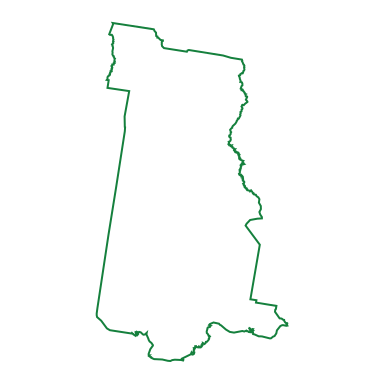 outline of Casey, Victoria, Australia
{"feature_id": "25037944B44962811090312", "entity_name": "Casey", "entity_type": "district", "adm_level": 2, "iso_a3": "AUS", "parent_name": "Australia", "parent_adm1": "Victoria", "projection": "natural_earth1", "projection_center": [145.344, -38.095], "detail": "fine", "context": "isolated", "style": "outline", "palette": "green", "viewbox_px": 384, "rotation_deg": 0, "n_neighbors": 0, "source": "geoboundaries", "source_scale": "gbopen_adm2", "svg_char_len": 5973}
<svg xmlns="http://www.w3.org/2000/svg" viewBox="0 0 384 384"><path d="M241.9,59.6L230.9,57.8L223.1,55.5L188.8,50.0L187.5,50.5L186.9,51.7L164.0,48.1L162.1,46.2L161.7,44.2L161.9,42.9L161.7,42.1L162.1,41.1L162.8,41.0L162.9,40.4L160.5,39.9L158.4,37.8L157.3,37.6L157.4,36.5L156.2,36.0L156.0,32.6L154.6,31.1L153.8,29.3L112.7,23.0L113.2,23.9L109.2,34.3L110.1,34.9L111.8,34.8L112.4,35.6L113.1,37.3L113.1,38.9L113.5,39.4L113.0,41.2L113.5,41.6L113.1,42.4L113.2,43.3L112.6,43.6L112.6,43.9L112.0,44.5L112.5,45.2L112.4,45.8L112.7,46.0L113.1,48.0L112.4,51.3L112.6,52.6L112.4,54.4L112.9,55.5L113.6,56.0L113.5,56.6L114.0,57.0L114.2,58.0L114.9,58.6L114.6,59.0L114.5,60.6L114.8,61.5L114.3,61.5L114.3,62.5L114.0,62.8L114.3,63.2L113.6,63.4L113.7,64.5L112.4,64.6L112.6,65.0L112.1,65.7L112.5,65.5L111.5,66.1L112.2,67.2L111.9,67.4L112.1,68.4L111.5,69.0L111.9,69.3L111.6,70.2L111.7,71.1L110.7,71.1L110.8,71.8L110.6,72.4L110.1,72.5L110.0,74.5L109.4,74.5L109.3,75.5L107.9,76.4L107.5,77.3L107.5,79.0L106.8,79.9L108.7,80.2L107.5,87.9L129.2,91.1L124.6,116.4L124.8,127.0L125.1,127.2L124.8,131.4L116.2,186.8L108.5,234.7L97.4,308.2L96.7,313.4L96.7,315.3L97.1,317.1L101.2,320.7L106.9,328.4L109.9,330.2L131.4,333.5L131.9,332.9L132.7,333.8L133.3,334.0L133.4,334.4L135.7,335.9L136.4,335.0L136.1,334.0L136.6,333.9L136.8,333.3L136.7,333.0L135.6,332.4L135.6,332.1L136.8,332.3L137.4,332.7L137.8,334.5L138.2,334.0L138.2,333.4L137.7,332.2L138.4,332.5L139.1,331.9L140.7,332.3L142.9,334.4L143.5,334.7L144.9,334.5L146.7,332.8L146.4,334.3L148.4,338.8L148.6,339.7L149.6,341.5L151.4,342.9L152.9,345.1L152.9,345.6L150.3,349.2L148.6,354.0L148.7,355.3L149.7,355.3L149.0,356.1L150.9,357.4L151.9,356.8L151.3,357.8L151.8,358.1L154.1,359.1L162.3,359.5L167.9,360.8L170.4,361.0L172.2,360.1L174.8,359.7L181.2,360.0L183.1,360.5L183.4,359.8L182.9,359.0L181.9,359.0L181.8,358.7L190.8,354.3L191.4,352.8L192.1,354.5L192.8,354.6L194.0,353.8L194.3,352.5L193.1,352.2L193.8,351.2L193.7,350.5L194.1,350.0L193.9,349.5L194.2,349.3L193.9,348.4L194.8,348.5L195.0,348.2L194.7,347.7L195.3,347.5L195.2,346.2L196.0,346.1L196.2,346.7L197.6,347.3L198.4,347.2L198.9,346.4L199.4,346.7L199.2,347.4L200.7,347.4L201.7,346.5L201.4,345.5L202.1,345.4L202.1,344.9L202.5,344.9L202.4,344.2L202.8,344.3L203.1,343.8L203.0,343.1L204.5,344.0L205.6,343.0L205.9,341.9L206.9,341.8L208.4,340.1L209.0,339.1L208.8,338.6L209.3,338.0L209.2,337.0L209.8,336.5L209.3,336.1L209.3,335.8L208.6,335.8L207.9,334.1L206.8,333.0L206.7,331.3L207.4,329.0L207.4,328.2L208.0,327.4L209.0,327.2L209.4,326.6L209.9,326.8L210.2,325.9L210.6,325.7L209.1,325.0L209.8,324.1L213.5,322.5L219.0,323.7L219.9,324.8L221.0,325.3L226.0,329.6L229.8,331.9L234.0,332.6L242.3,331.0L244.3,331.5L246.4,330.6L246.9,331.2L247.7,331.1L248.7,332.0L251.1,332.3L251.4,331.3L250.1,330.3L250.1,329.5L249.2,328.5L249.4,328.1L250.4,328.7L251.3,330.3L252.7,329.0L253.1,329.1L252.1,330.6L252.4,331.0L253.0,331.0L252.3,332.0L253.0,332.6L253.1,334.1L254.5,334.4L258.7,336.3L261.9,336.4L269.9,338.4L271.0,338.3L273.1,336.6L274.5,336.1L276.3,333.4L276.9,330.4L280.3,326.1L281.6,325.4L282.9,325.1L286.3,325.8L287.3,325.6L286.6,324.4L287.3,323.7L287.2,323.2L285.9,323.0L285.1,322.3L284.1,320.6L284.1,319.9L282.6,319.5L282.0,318.8L280.9,318.4L280.0,318.5L279.5,318.2L275.0,311.8L275.3,309.6L275.9,309.0L276.4,305.9L256.0,302.6L256.4,300.2L250.4,299.3L259.8,244.7L245.6,225.6L246.6,223.7L250.1,220.0L257.3,218.7L261.9,218.4L261.9,217.1L260.2,214.5L259.4,212.0L260.9,209.1L260.8,206.0L258.9,202.7L259.4,199.2L258.3,197.3L257.0,196.5L256.1,195.5L255.9,194.8L253.9,194.4L253.3,193.8L253.7,193.5L253.5,193.1L252.8,193.1L252.0,191.4L251.2,190.9L250.5,191.2L250.6,190.5L249.6,190.9L248.5,190.4L247.2,190.2L246.9,189.8L247.3,189.6L247.2,189.1L246.6,188.7L246.5,188.2L245.7,188.2L244.6,187.2L244.5,186.8L245.1,186.6L245.0,185.4L244.7,186.1L244.3,185.9L244.2,185.1L243.7,185.0L243.4,184.1L243.6,183.8L243.3,183.5L244.0,183.0L244.3,182.3L244.2,181.6L242.9,180.7L243.1,180.2L242.7,179.8L243.1,179.4L243.0,178.4L242.5,178.1L242.9,177.9L242.7,177.3L242.9,177.0L242.4,176.2L241.7,176.3L241.9,175.7L241.4,175.1L240.9,175.3L240.8,174.7L240.2,174.7L239.9,175.1L239.3,174.7L239.0,173.8L239.5,173.5L239.9,172.2L239.7,171.6L240.2,170.7L240.2,170.4L239.9,170.5L239.5,170.0L240.7,168.8L240.3,168.4L241.1,166.9L240.9,166.5L241.2,166.1L240.6,165.2L241.2,164.6L242.2,164.7L244.2,164.1L243.8,163.8L243.5,163.0L242.5,162.8L242.8,162.5L242.6,161.7L243.3,160.9L240.1,159.6L239.5,159.0L239.8,158.7L239.2,158.6L239.1,157.7L239.6,157.2L239.2,156.9L239.1,156.0L238.7,155.8L238.3,154.6L239.3,154.4L239.1,154.1L238.3,154.0L238.4,152.7L237.6,152.3L237.1,152.6L236.6,152.1L236.4,152.6L235.3,152.2L234.9,151.6L235.2,151.0L234.2,150.4L235.1,149.2L234.4,149.2L234.1,148.7L233.8,148.9L233.4,148.2L232.3,147.5L232.4,146.7L231.0,146.3L231.5,145.5L231.1,145.6L230.3,144.9L229.5,144.7L229.1,145.1L228.4,144.2L229.1,143.0L228.7,141.8L229.7,141.4L230.5,140.6L230.8,139.3L230.6,138.9L230.6,137.6L229.5,137.1L229.1,136.1L229.3,135.5L229.7,135.5L230.6,134.2L230.7,132.9L231.1,132.2L230.7,131.9L230.8,131.6L230.1,129.9L231.0,128.7L232.2,127.8L232.1,127.4L232.7,126.1L235.4,123.6L236.7,121.4L236.7,120.9L237.5,119.9L237.8,118.7L238.4,118.9L238.8,118.6L240.2,116.0L240.5,115.2L240.1,114.4L240.7,113.3L240.4,112.1L241.5,111.4L241.6,109.5L242.2,109.2L242.5,108.2L241.5,106.5L242.1,105.6L242.1,105.1L242.5,104.8L243.7,105.2L245.1,103.7L247.4,102.0L247.4,101.5L245.9,99.7L247.2,96.9L247.1,96.6L246.0,96.4L245.6,95.9L245.7,95.3L245.4,94.3L245.7,94.1L244.8,93.7L244.6,93.1L244.7,92.6L244.0,92.0L243.8,91.4L243.2,91.2L242.8,90.0L241.5,90.2L241.3,89.5L241.7,89.1L240.7,88.6L241.6,86.0L242.4,85.4L242.4,83.7L242.0,82.5L241.6,82.5L240.9,81.7L240.4,81.8L240.6,80.8L239.9,79.0L239.6,77.2L239.0,76.2L238.9,75.6L240.2,75.1L240.3,74.2L240.8,73.9L241.6,73.3L242.6,73.4L242.8,73.1L242.6,72.7L243.1,72.4L243.5,70.8L244.8,70.1L244.5,70.1L244.1,67.8L244.4,67.3L244.1,66.9L244.4,65.7L243.9,64.7L243.5,64.6L242.7,62.5L242.0,61.3L242.3,60.8L241.9,59.6Z" fill="none" stroke="#15803d" stroke-width="2"/></svg>